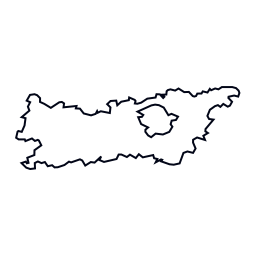 the Province of Flemish Brabant, rotated 179°
{"feature_id": "BEL-3475", "entity_name": "Flemish Brabant", "entity_type": "Province", "adm_level": 1, "iso_a3": "BEL", "parent_name": "Belgium", "parent_adm1": "", "projection": "robinson", "projection_center": [4.536, 50.87], "detail": "fine", "context": "isolated", "style": "outline", "palette": "ink", "viewbox_px": 256, "rotation_deg": 179, "n_neighbors": 0, "source": "natural_earth", "source_scale": "10m", "svg_char_len": 2261}
<svg xmlns="http://www.w3.org/2000/svg" viewBox="0 0 256 256"><g transform="rotate(179 128 128)"><path d="M52.6,163.3L47.9,162.1L45.5,165.7L44.2,164.3L40.2,166.0L36.9,165.1L33.4,167.3L23.0,167.1L19.3,166.0L16.8,163.5L16.0,161.1L17.3,157.5L21.3,158.6L26.9,157.5L27.1,156.3L23.5,152.4L25.7,148.6L27.9,147.6L32.3,150.4L35.3,147.5L37.7,149.3L40.7,148.3L45.8,144.8L48.4,138.7L46.8,135.6L42.4,134.9L50.5,125.6L50.7,123.3L48.2,121.6L52.8,118.9L51.2,114.7L59.1,117.3L63.1,115.1L63.2,112.3L60.8,106.3L63.4,102.0L69.0,103.5L73.0,102.1L77.0,91.7L82.9,90.5L87.1,91.0L95.5,94.1L94.4,95.6L95.5,96.0L100.9,93.2L99.2,96.5L102.4,97.3L103.3,100.5L113.7,98.4L117.6,101.6L120.7,97.8L126.5,101.3L129.6,99.0L135.1,101.6L137.8,101.6L140.0,97.2L152.6,94.5L157.2,96.5L155.3,100.0L162.0,94.0L165.8,94.6L171.4,91.2L174.3,96.3L176.6,97.5L185.5,94.6L187.6,95.4L192.2,92.1L198.9,90.0L202.1,89.9L204.5,92.1L208.9,91.2L211.7,95.4L215.1,94.4L218.7,96.1L221.8,94.6L221.7,89.2L226.5,88.7L230.4,90.1L235.1,94.8L230.7,96.2L229.8,94.5L228.1,94.9L229.2,100.0L222.1,102.6L221.9,107.4L215.0,112.2L217.3,117.0L218.4,117.7L221.3,116.7L224.2,119.2L230.8,116.7L231.4,118.4L237.5,118.5L240.0,120.2L238.5,126.2L237.7,126.9L234.3,126.0L231.4,132.3L230.3,139.6L234.1,140.7L226.3,147.1L227.7,151.1L225.4,155.5L228.8,157.1L225.4,162.8L220.9,163.4L218.3,162.4L215.4,159.4L215.5,155.6L211.3,153.6L204.8,149.5L196.3,154.9L193.7,155.2L191.5,153.7L192.1,149.8L179.1,150.9L179.8,148.5L175.7,148.2L172.0,143.3L164.7,141.3L160.1,142.7L158.6,145.4L158.0,143.8L154.9,145.2L145.9,143.3L145.2,148.9L148.4,152.2L145.0,155.3L139.3,155.6L138.3,150.9L134.3,154.4L126.7,155.8L126.3,158.5L120.8,156.0L120.0,154.9L120.7,152.4L118.2,152.1L114.4,153.1L108.2,157.0L99.9,158.0L98.9,161.3L95.6,161.1L92.3,157.4L91.1,158.6L92.9,160.7L89.1,160.8L88.7,164.1L87.5,165.2L84.9,165.9L80.2,164.6L76.8,166.6L71.2,162.9L66.5,163.0L62.7,158.8L61.1,158.3L59.4,158.8L58.1,161.2L53.9,161.2L52.6,163.3ZM118.2,144.2L112.5,140.8L113.9,138.9L117.6,138.6L114.8,131.7L107.9,128.2L110.6,126.0L110.7,123.9L108.0,120.2L105.0,118.4L100.5,121.9L93.2,120.9L86.8,123.4L83.6,128.5L85.3,131.0L84.2,134.6L79.9,135.2L77.8,138.5L84.3,141.4L87.4,140.1L91.9,147.8L96.7,150.3L100.5,150.9L104.2,150.2L118.2,144.2Z" fill="none" stroke="#020617" stroke-width="2"/></g></svg>